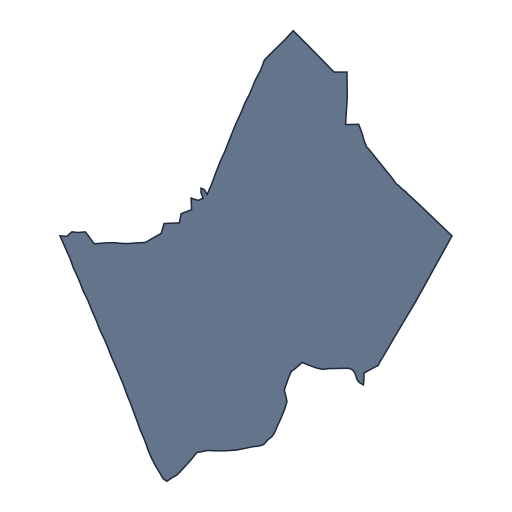 Heet, Al-Anbar, Iraq (Albers equal-area conic projection)
{"feature_id": "34846034B36962706181157", "entity_name": "Heet", "entity_type": "district", "adm_level": 2, "iso_a3": "IRQ", "parent_name": "Iraq", "parent_adm1": "Al-Anbar", "projection": "albers", "projection_center": [42.654, 33.814], "detail": "fine", "context": "isolated", "style": "filled", "palette": "slate", "viewbox_px": 512, "rotation_deg": 0, "n_neighbors": 0, "source": "geoboundaries", "source_scale": "gbopen_adm2", "svg_char_len": 2031}
<svg xmlns="http://www.w3.org/2000/svg" viewBox="0 0 512 512"><path d="M452.0,235.9L443.5,227.8L434.1,218.8L419.6,204.8L407.4,193.6L405.4,191.4L402.0,188.9L398.7,185.6L396.1,183.7L392.2,178.1L386.9,171.6L373.4,154.9L368.3,148.6L366.5,146.8L365.4,143.8L363.9,140.1L362.5,134.5L358.7,124.3L345.6,124.6L346.0,116.6L346.5,110.1L346.9,103.2L347.3,96.5L347.2,91.9L347.0,72.1L334.2,72.1L331.7,69.7L320.2,57.9L311.1,48.6L293.2,30.7L284.9,39.7L277.8,46.7L274.0,50.4L269.3,55.0L264.4,60.0L261.1,69.2L255.1,80.5L249.7,93.8L244.7,103.4L240.6,113.6L235.9,123.6L230.7,136.5L225.0,151.1L220.3,161.3L216.2,171.6L211.2,185.2L209.0,190.2L207.1,194.5L204.3,189.5L201.0,188.2L201.0,192.8L203.2,198.1L198.3,200.4L191.1,198.1L191.6,209.7L181.2,213.6L179.3,222.9L164.1,223.5L161.1,233.5L154.5,237.1L145.4,242.4L135.2,243.0L127.2,243.6L120.0,243.3L114.3,242.6L105.5,242.9L94.2,243.8L89.2,236.9L85.4,231.9L77.7,232.5L71.9,231.8L66.7,236.4L60.0,235.8L64.9,247.0L69.8,257.9L73.4,267.9L78.1,278.1L80.6,284.1L80.7,284.5L83.4,291.6L87.5,299.5L91.4,309.5L96.5,321.2L100.0,330.2L104.5,339.6L107.8,347.4L111.1,356.1L114.6,364.0L118.4,372.8L119.3,375.0L123.8,385.9L126.9,394.7L130.6,403.6L134.1,413.1L137.2,421.5L140.0,429.5L143.3,437.0L146.2,444.4L148.3,450.7L151.4,457.9L154.9,464.8L159.0,471.6L163.2,478.8L166.9,481.3L167.3,481.0L171.9,477.8L176.9,475.1L181.7,470.1L187.3,463.9L191.3,459.5L196.9,452.5L201.0,451.8L207.5,450.5L216.0,450.8L225.1,450.8L235.9,450.1L243.0,448.8L252.1,446.8L258.4,446.1L263.6,444.6L268.1,439.6L271.9,436.6L274.2,433.4L277.7,425.4L281.0,418.2L284.5,409.8L287.0,401.6L285.9,396.4L284.3,390.1L286.3,384.2L288.4,378.2L291.1,371.7L295.6,368.3L302.2,362.4L302.3,362.5L308.6,365.1L315.9,367.8L322.1,369.3L329.5,368.6L335.7,368.5L342.4,368.3L349.0,368.3L352.7,370.0L355.0,373.2L357.1,379.7L359.4,382.6L363.4,384.9L364.0,378.9L363.9,373.2L367.0,371.4L372.8,368.2L378.2,365.4L380.5,360.9L383.4,356.2L388.1,348.2L393.5,338.9L400.6,326.9L407.7,315.0L414.3,304.0L420.8,292.4L452.0,235.9Z" fill="#64748b" stroke="#1e293b" stroke-width="1.5"/></svg>